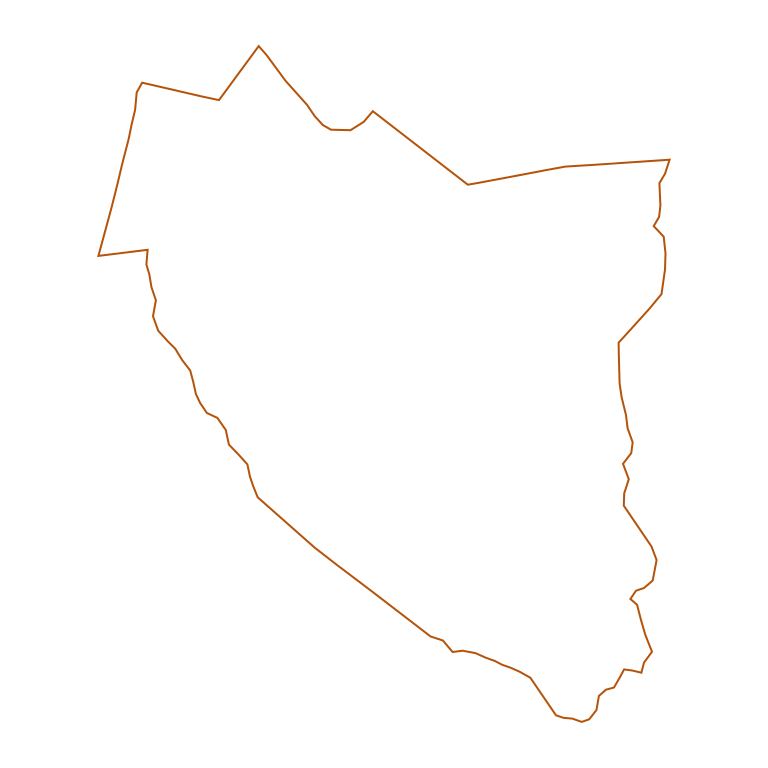 Cacimbinhas, Alagoas, Brazil (Equal Earth projection)
{"feature_id": "56859067B79735294491019", "entity_name": "Cacimbinhas", "entity_type": "district", "adm_level": 2, "iso_a3": "BRA", "parent_name": "Brazil", "parent_adm1": "Alagoas", "projection": "equal_earth", "projection_center": [-36.913, -9.453], "detail": "fine", "context": "isolated", "style": "outline", "palette": "amber", "viewbox_px": 768, "rotation_deg": 0, "n_neighbors": 0, "source": "geoboundaries", "source_scale": "gbopen_adm2", "svg_char_len": 1487}
<svg xmlns="http://www.w3.org/2000/svg" viewBox="0 0 768 768"><path d="M258.7,46.1L219.0,100.1L201.5,96.4L142.2,82.7L136.7,92.4L135.1,109.9L131.7,124.2L128.7,138.8L122.0,164.8L117.3,184.7L111.4,208.1L98.4,255.9L147.6,249.8L146.4,264.5L149.4,274.7L151.4,287.0L155.9,300.3L153.0,316.2L158.2,330.7L167.4,340.9L175.3,348.8L182.2,360.1L190.2,370.5L193.2,381.7L195.9,394.1L200.2,403.1L206.9,413.0L217.4,417.9L225.8,430.0L228.9,444.6L238.1,454.1L247.4,464.4L249.9,476.4L253.1,485.9L257.7,497.3L314.6,547.6L337.4,565.3L371.0,590.7L430.6,636.5L442.9,640.5L452.6,652.0L462.6,650.7L475.4,653.1L486.2,657.9L495.0,661.0L502.2,664.8L510.3,667.6L519.4,671.6L530.4,677.8L556.0,715.3L563.7,717.9L572.4,718.6L581.7,721.9L589.2,719.3L596.5,710.0L598.9,695.9L606.0,689.7L614.0,687.5L619.6,677.8L624.1,669.4L632.2,670.5L641.4,672.7L644.0,662.6L652.0,651.8L645.3,634.8L640.9,619.6L637.1,604.8L630.4,599.0L636.0,590.7L644.0,588.0L652.7,580.5L656.6,560.0L651.5,546.5L623.8,505.7L624.2,493.4L628.8,479.2L623.0,463.8L631.2,453.2L632.7,442.4L627.6,428.3L626.0,415.0L621.7,397.6L619.6,383.5L618.8,353.5L618.6,342.7L630.9,329.2L649.4,308.7L661.5,294.1L665.0,269.6L665.5,253.3L663.7,236.7L653.7,226.1L659.1,216.9L660.4,205.6L659.4,183.1L665.0,173.8L669.6,159.7L594.4,164.8L565.3,166.6L546.0,170.1L538.3,171.6L487.8,181.1L478.3,182.9L467.8,184.7L372.8,111.2L363.8,121.8L350.5,130.2L331.0,129.7L322.9,125.1L314.6,116.0L307.0,104.8L285.6,80.9L266.6,55.1L258.7,46.1Z" fill="none" stroke="#b45309" stroke-width="2"/></svg>